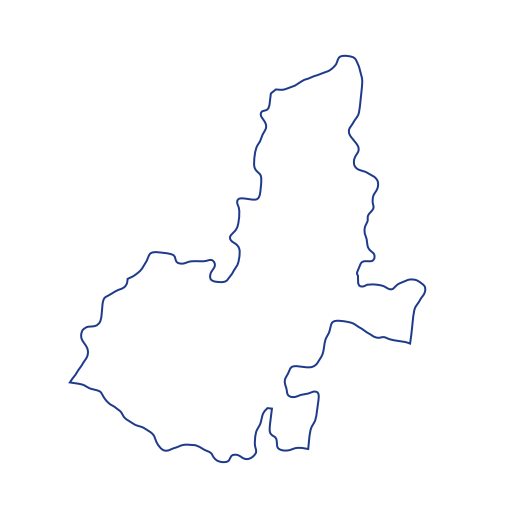 outline of Villa Rivas, Duarte, Dominican Republic, rotated 276°
{"feature_id": "3306468B95722442714869", "entity_name": "Villa Rivas", "entity_type": "district", "adm_level": 2, "iso_a3": "DOM", "parent_name": "Dominican Republic", "parent_adm1": "Duarte", "projection": "albers", "projection_center": [-69.879, 19.149], "detail": "fine", "context": "isolated", "style": "outline", "palette": "blue", "viewbox_px": 512, "rotation_deg": 276, "n_neighbors": 0, "source": "geoboundaries", "source_scale": "gbopen_adm2", "svg_char_len": 6039}
<svg xmlns="http://www.w3.org/2000/svg" viewBox="0 0 512 512"><g transform="rotate(276 256 256)"><path d="M219.8,130.7L216.9,130.7L214.9,130.4L213.0,129.6L211.4,128.5L209.6,126.2L207.8,122.5L206.1,119.8L202.1,114.5L199.4,110.6L197.9,109.4L196.0,108.8L192.8,108.4L181.3,108.6L177.9,108.5L174.6,107.9L172.7,107.0L170.5,105.0L169.6,103.3L169.0,101.4L168.1,96.4L167.3,94.6L165.4,92.3L163.8,91.1L162.8,90.8L160.7,90.4L158.6,90.4L156.5,90.8L155.5,91.2L153.6,92.3L148.7,96.5L145.9,98.2L142.8,99.0L139.6,98.9L136.7,98.0L132.4,95.7L128.6,93.9L123.5,91.0L118.9,88.8L114.6,86.1L110.8,84.1L110.4,93.3L110.0,96.6L109.5,98.6L107.5,103.1L106.8,105.0L105.8,112.1L105.0,114.9L103.9,116.3L99.2,119.7L96.8,121.9L95.3,123.6L93.4,126.2L91.3,130.9L87.4,137.3L86.1,138.6L82.4,141.2L81.1,142.6L80.0,144.2L75.6,153.1L75.0,155.1L74.0,160.3L73.4,162.2L69.9,169.3L68.8,171.0L67.5,172.5L66.0,173.7L60.6,176.4L57.9,178.3L54.8,181.4L53.7,183.2L53.2,184.2L52.9,186.3L53.0,187.3L53.5,189.3L55.8,193.4L57.5,197.2L59.8,201.5L60.5,203.4L61.0,205.5L61.2,207.7L61.5,215.4L60.3,219.7L57.8,225.0L56.4,229.7L55.6,231.4L54.5,232.7L51.6,234.7L49.7,236.7L48.6,238.4L48.2,239.4L47.7,241.4L47.5,243.5L47.6,245.6L48.0,247.6L48.7,249.3L50.0,250.5L54.4,252.3L55.6,253.6L56.1,255.3L56.3,257.2L56.0,259.2L55.3,261.0L53.6,264.2L53.1,266.1L53.0,267.1L53.2,269.2L53.6,270.2L54.6,272.1L56.0,273.7L57.6,275.1L59.3,276.1L60.2,276.5L61.2,276.6L62.9,276.4L67.2,274.8L70.5,274.3L76.3,274.1L80.9,274.5L83.1,275.1L87.6,277.1L89.5,277.8L91.5,278.2L97.9,279.0L100.0,279.5L102.7,280.8L105.9,283.3L105.9,287.8L89.8,287.5L85.9,287.6L83.5,287.9L81.4,288.7L80.6,289.3L79.4,290.8L77.8,294.0L76.4,295.2L74.4,295.9L69.2,296.9L68.2,297.3L67.3,297.9L66.7,298.7L65.9,300.5L65.5,302.7L65.5,305.0L65.8,307.3L66.4,309.6L68.9,314.9L69.5,317.2L69.8,319.6L69.9,322.1L69.5,328.1L82.3,328.0L88.5,328.4L92.0,329.2L96.3,331.2L98.5,332.0L103.3,332.7L119.5,333.2L122.8,333.1L124.8,332.7L125.7,332.3L126.6,331.6L127.1,330.7L127.3,329.8L127.3,328.0L127.0,327.0L124.7,322.4L122.6,315.3L120.1,310.2L119.8,309.2L119.5,307.2L119.6,305.2L120.3,303.4L120.8,302.6L122.4,301.5L127.7,300.0L131.0,298.5L133.9,297.7L136.0,297.7L138.0,298.2L142.3,300.1L147.6,301.8L149.2,302.9L149.8,303.8L150.4,305.7L150.7,307.7L150.6,318.0L150.8,320.3L151.2,322.5L151.6,323.5L152.6,325.3L153.9,326.8L155.5,328.0L162.6,331.5L165.5,332.5L168.9,333.0L177.1,333.4L180.5,333.9L182.5,334.6L187.0,336.5L189.2,337.0L195.7,337.9L197.6,338.6L198.4,339.3L199.5,341.0L200.2,344.0L200.3,347.3L200.3,350.8L199.8,356.6L199.3,358.9L198.6,360.9L196.3,365.2L194.6,369.0L191.7,374.1L190.0,377.9L188.3,381.2L187.5,384.0L187.4,385.9L187.7,387.7L188.5,390.1L188.7,391.7L188.5,393.3L187.4,396.6L187.0,398.8L186.6,402.2L186.1,412.8L185.8,415.1L185.0,418.4L194.6,418.7L212.7,418.7L218.6,419.1L220.8,419.5L222.8,420.3L227.1,422.7L230.9,424.4L235.0,426.8L236.9,427.5L238.9,427.9L240.9,427.8L242.8,427.3L243.6,426.8L244.9,425.4L247.3,421.5L248.5,418.8L249.0,416.7L249.0,413.5L248.7,411.4L248.0,409.4L243.7,401.5L242.6,400.0L241.3,398.7L238.0,396.0L237.5,395.4L236.9,393.8L237.0,392.0L237.5,390.4L239.0,387.1L239.6,385.0L239.9,382.7L240.1,379.1L240.0,375.4L239.1,369.7L237.4,366.9L236.8,365.4L236.7,363.6L236.9,362.7L237.4,361.8L238.1,361.2L239.8,360.4L246.9,359.5L248.7,358.4L250.2,358.2L258.7,360.7L260.4,361.5L261.1,362.2L262.0,363.8L262.3,365.6L262.7,370.3L263.2,372.0L263.8,372.7L264.5,373.3L266.2,374.0L267.1,374.0L268.9,373.8L270.5,373.0L271.1,372.4L273.6,368.8L274.9,367.5L276.5,366.4L278.4,365.7L284.5,364.2L289.8,361.8L292.9,361.2L295.0,361.2L297.1,361.5L301.3,363.0L302.9,363.4L306.6,363.0L308.2,363.3L309.8,364.1L313.7,366.9L315.4,367.7L317.2,367.8L321.2,366.5L323.1,366.2L326.3,366.1L329.3,366.7L333.6,368.9L335.5,369.6L337.6,370.0L339.7,370.0L341.8,369.7L343.7,368.9L345.2,367.7L346.5,366.2L347.1,365.4L351.1,356.3L352.3,350.2L352.9,348.2L353.9,346.6L355.3,345.1L357.0,344.1L358.0,343.8L360.1,343.5L362.2,343.5L365.2,344.3L370.2,346.7L372.2,347.0L374.2,346.7L375.2,346.3L377.1,345.1L378.8,343.6L384.4,338.0L386.2,336.6L388.2,335.6L390.2,335.3L391.2,335.3L393.1,335.8L397.3,338.1L401.0,339.8L405.3,342.2L407.3,343.0L409.5,343.4L415.4,343.7L434.4,343.7L440.3,343.5L443.8,342.9L453.9,339.1L455.7,338.3L461.4,335.0L462.8,333.7L463.8,331.9L464.4,328.7L464.5,324.3L464.0,321.0L463.2,319.1L462.6,318.3L461.8,317.7L460.2,317.0L455.5,315.8L453.7,314.8L451.9,313.4L450.2,311.9L448.7,310.3L447.4,308.5L444.7,302.9L442.4,298.5L440.8,294.7L437.9,289.5L436.3,285.7L434.4,283.0L429.5,276.9L425.0,267.8L424.3,265.9L423.9,263.8L423.7,258.3L419.2,253.8L407.6,253.6L404.5,253.0L403.6,252.5L402.3,251.3L400.6,247.1L400.0,246.6L398.5,245.9L396.7,246.0L395.0,246.8L390.4,250.7L388.6,251.8L386.7,252.5L384.6,252.6L382.7,252.2L377.5,249.9L370.4,248.0L366.0,245.8L364.0,245.1L359.2,244.3L353.0,244.1L347.0,244.5L344.7,245.0L343.6,245.4L342.0,246.4L340.6,247.7L338.0,251.1L337.3,251.7L336.5,252.3L334.5,253.0L331.2,253.4L327.6,253.6L320.4,253.6L317.1,253.4L315.0,252.8L314.0,252.4L313.2,251.7L312.5,250.8L312.1,249.8L311.9,248.7L311.7,246.5L312.0,238.3L311.8,235.1L311.2,233.2L310.5,232.4L309.7,231.9L308.8,231.6L307.9,231.6L306.2,231.9L302.4,233.8L299.0,234.7L292.9,235.2L286.7,235.0L283.1,234.5L280.9,233.7L279.0,232.7L274.3,229.0L272.6,228.2L271.7,228.2L270.0,228.6L268.7,229.7L267.7,231.0L265.6,235.1L264.4,236.5L263.0,237.8L261.1,238.7L260.0,239.1L257.7,239.4L254.2,239.6L248.4,239.2L245.0,238.4L239.7,235.7L235.9,234.1L228.7,229.7L227.4,228.1L226.7,226.1L226.3,223.9L226.2,220.6L226.3,217.3L226.9,215.3L227.3,214.4L228.0,213.5L228.9,213.0L230.7,212.4L233.6,212.6L235.5,213.2L240.2,215.7L242.1,216.1L243.1,216.0L244.0,215.8L245.6,215.0L246.8,213.6L247.2,212.8L247.4,212.0L247.2,210.3L246.0,207.2L245.2,204.1L244.5,195.9L244.0,192.4L243.4,190.2L241.0,185.0L240.6,183.0L240.6,181.1L240.9,179.2L241.8,177.7L243.1,176.8L246.8,175.3L248.1,174.0L248.5,173.2L249.0,171.1L249.4,167.7L249.5,160.4L249.4,155.7L248.7,152.6L247.6,150.8L246.9,150.2L245.2,149.4L239.7,147.8L231.6,144.0L228.8,142.1L226.4,139.8L224.1,137.3L222.7,135.5L219.8,130.7Z" fill="none" stroke="#1e3a8a" stroke-width="2"/></g></svg>